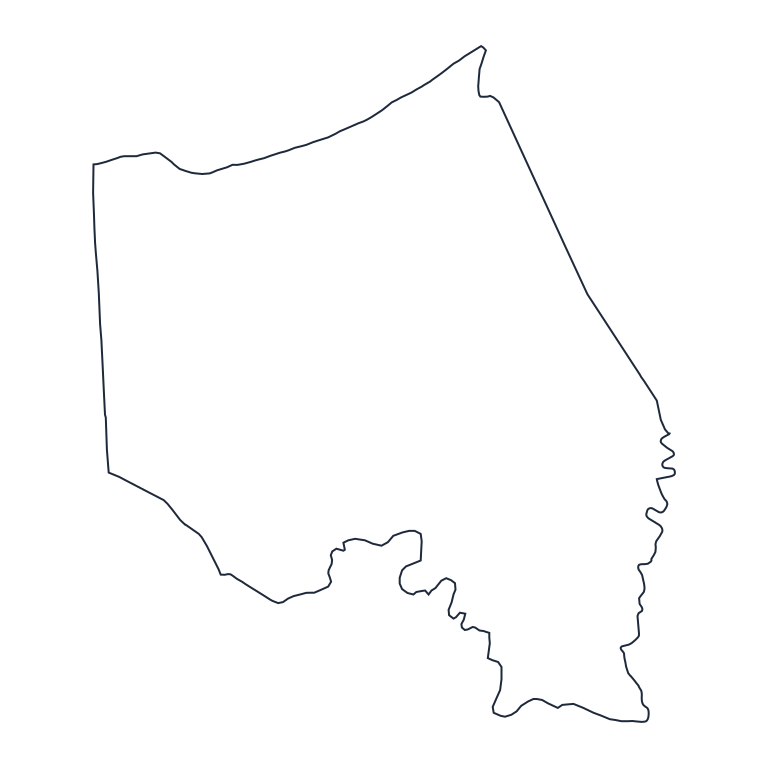 La Libertad, Santa Elena, Ecuador
{"feature_id": "8360857B88993978002865", "entity_name": "La Libertad", "entity_type": "district", "adm_level": 2, "iso_a3": "ECU", "parent_name": "Ecuador", "parent_adm1": "Santa Elena", "projection": "orthographic", "projection_center": [-80.886, -2.24], "detail": "fine", "context": "isolated", "style": "outline", "palette": "slate", "viewbox_px": 768, "rotation_deg": 0, "n_neighbors": 0, "source": "geoboundaries", "source_scale": "gbopen_adm2", "svg_char_len": 5211}
<svg xmlns="http://www.w3.org/2000/svg" viewBox="0 0 768 768"><path d="M648.7,713.2L648.5,710.6L647.9,709.0L647.3,708.0L644.9,706.3L643.5,705.1L642.5,703.4L641.9,701.1L641.7,698.3L641.8,694.6L641.7,693.0L641.3,690.8L638.8,686.7L638.8,686.3L638.4,685.5L636.3,683.0L634.6,680.7L630.6,675.9L630.2,675.7L628.2,673.1L626.1,666.6L625.4,662.4L625.2,661.4L624.5,658.4L624.1,655.0L624.1,653.9L623.9,653.2L623.3,652.1L621.4,649.9L621.0,649.2L620.8,648.7L620.7,648.1L620.8,647.5L621.3,646.9L621.9,646.4L623.3,646.0L628.6,644.7L630.1,644.0L631.3,643.3L632.3,642.6L635.2,640.1L637.8,637.5L638.9,635.8L639.0,633.7L638.0,621.8L637.5,616.0L638.6,613.2L642.0,610.9L642.4,609.1L641.9,607.4L639.6,603.9L639.1,598.2L640.7,595.9L642.9,593.2L643.9,591.8L644.4,589.6L644.5,587.3L644.1,584.0L642.1,575.1L640.8,572.7L638.8,569.8L638.3,568.5L638.2,567.5L638.3,566.0L639.1,564.8L640.8,564.3L642.0,564.2L645.3,564.1L647.9,563.7L650.3,562.0L650.9,561.6L651.4,560.6L651.4,558.9L653.7,555.3L655.2,552.4L655.4,552.0L655.7,548.8L655.8,546.6L655.6,545.9L655.5,544.2L655.8,542.8L656.2,541.3L657.5,539.4L659.9,536.0L661.3,533.4L662.1,532.1L662.4,531.0L662.3,529.3L661.8,528.0L660.7,526.2L659.0,524.8L657.2,523.7L648.4,518.3L647.4,517.2L646.8,516.4L646.4,515.5L646.3,514.2L646.5,513.3L647.0,511.5L647.4,510.2L648.2,509.0L648.9,508.6L649.9,508.2L651.2,508.1L652.4,508.4L659.0,512.2L660.9,512.5L662.6,512.0L664.0,510.8L666.1,507.6L666.6,506.5L667.3,504.3L667.2,503.0L666.4,501.1L664.6,499.2L663.4,497.2L661.9,494.4L660.9,492.0L659.2,487.5L658.3,485.1L657.3,481.5L656.8,479.1L670.6,476.4L672.4,475.8L673.5,475.2L674.0,474.9L674.3,474.6L674.6,474.1L674.8,473.6L674.9,472.7L674.8,471.6L674.6,470.7L674.4,470.2L673.9,469.5L673.3,469.0L672.5,468.6L666.2,468.1L664.8,467.9L663.9,467.5L662.9,466.6L662.6,466.0L662.4,465.4L662.3,464.5L662.4,463.7L662.8,462.6L663.4,461.7L664.2,461.0L665.4,460.2L672.6,456.2L673.2,455.7L673.6,455.3L673.9,454.7L673.9,454.3L673.8,453.2L673.3,452.1L672.9,451.6L672.4,451.1L667.1,447.8L662.0,443.7L661.5,443.1L661.1,442.4L660.8,442.0L660.7,441.4L660.9,440.2L661.4,439.0L661.8,438.5L663.7,437.1L666.6,435.5L668.5,434.5L669.1,434.2L669.5,433.5L668.2,433.2L665.0,429.4L660.8,419.8L656.8,400.6L644.1,381.1L641.1,376.9L639.9,374.7L587.4,294.2L565.6,247.2L499.1,102.2L493.6,97.5L490.1,95.9L487.7,96.6L483.6,96.8L480.4,96.6L479.3,95.1L478.5,91.0L478.2,86.1L478.5,82.5L478.9,77.1L479.6,69.0L481.5,63.6L483.6,56.8L485.9,50.4L483.5,47.7L481.1,46.1L464.6,56.3L459.0,60.6L453.5,63.7L446.7,69.2L441.1,73.5L436.8,76.6L432.4,79.7L430.0,81.6L426.9,83.4L423.8,85.2L421.9,86.5L416.4,89.5L411.4,92.6L400.9,97.5L396.6,100.0L391.7,102.4L388.0,105.5L381.8,110.4L371.3,117.2L367.0,119.7L363.3,121.5L358.3,123.3L348.5,127.6L344.1,129.5L339.8,131.3L335.5,133.8L331.8,135.6L328.1,137.4L318.2,140.5L312.7,142.3L306.5,144.8L302.2,146.0L294.8,147.8L288.6,150.3L284.9,151.5L280.0,152.7L270.7,155.7L264.0,158.2L259.0,159.4L254.7,160.6L251.0,161.8L244.2,163.7L237.5,164.9L232.5,164.8L227.0,167.3L217.1,170.3L212.8,172.2L209.7,173.4L202.3,174.0L194.9,173.3L191.2,172.7L185.1,170.8L179.6,168.9L174.1,164.5L171.6,162.0L164.2,156.4L160.0,153.3L155.6,152.6L147.0,153.8L142.7,154.4L136.5,156.2L129.8,156.2L124.2,156.2L120.5,156.8L117.5,158.0L111.9,159.8L106.4,161.7L102.0,162.9L97.1,164.1L93.5,164.4L93.5,164.6L93.1,192.8L94.0,215.2L94.4,227.8L95.1,243.2L95.9,253.6L97.4,270.8L98.8,293.1L100.1,324.3L101.4,340.3L102.6,365.0L103.9,392.2L105.0,414.7L105.8,417.6L106.9,449.7L108.7,472.6L119.2,476.9L127.5,481.3L146.5,491.2L163.7,500.1L167.5,503.8L172.4,509.8L180.2,520.0L185.7,525.2L184.9,524.2L198.8,533.9L201.7,537.2L206.9,546.0L218.6,569.3L220.6,574.4L220.7,574.6L224.5,574.8L228.0,574.1L230.5,574.3L232.8,575.8L237.0,578.9L242.3,581.9L245.6,584.2L263.9,595.6L269.2,599.0L269.3,599.1L269.8,599.4L272.5,600.9L278.2,603.1L283.0,602.1L288.0,598.6L293.6,596.1L300.8,594.3L306.4,592.8L314.3,592.7L320.8,589.9L328.2,586.6L331.1,581.7L329.9,577.7L328.3,573.4L328.6,570.4L330.1,567.1L331.6,564.1L332.1,560.0L330.8,555.2L332.3,551.4L336.4,548.7L343.4,550.7L344.7,549.9L344.8,549.6L343.4,542.7L348.3,540.3L355.1,538.8L364.9,540.3L372.7,543.7L381.5,545.7L387.9,542.2L393.3,535.8L402.6,532.4L409.0,530.9L414.8,530.9L420.7,533.9L421.7,541.3L421.2,550.6L420.7,560.5L414.8,562.9L406.0,566.4L402.1,570.3L399.7,577.7L399.7,583.6L402.1,589.1L407.5,593.0L413.4,594.5L416.3,592.0L421.7,591.0L425.1,590.5L428.6,594.5L431.5,590.5L435.4,588.1L441.3,580.7L446.2,578.2L451.1,580.2L455.0,583.2L455.5,589.6L453.5,594.5L451.6,602.4L448.6,609.8L449.1,615.2L453.5,618.6L456.0,617.2L459.9,612.7L465.3,613.7L463.8,619.6L461.4,624.1L461.9,627.5L464.8,630.0L467.7,629.5L472.6,627.0L475.1,627.5L479.5,630.5L483.4,631.0L489.3,632.9L489.3,637.4L489.8,643.3L487.8,658.1L492.2,660.1L498.1,662.0L501.5,667.0L501.5,679.3L500.1,690.1L495.7,700.0L492.7,706.9L493.7,712.8L500.6,715.8L505.0,716.7L511.3,714.8L516.7,711.3L521.1,705.9L528.0,701.5L533.4,699.0L536.8,699.0L542.2,700.0L548.1,703.4L557.8,707.9L562.3,704.9L567.6,704.4L573.5,703.9L583.3,707.9L593.6,712.8L601.4,715.7L609.8,719.2L615.4,720.0L621.4,721.2L627.9,721.2L632.3,721.0L637.1,721.5L641.6,721.9L644.1,721.7L645.4,721.5L646.2,721.1L647.0,720.4L647.6,719.4L648.3,717.5L648.6,715.1L648.7,713.2Z" fill="none" stroke="#1e293b" stroke-width="2"/></svg>